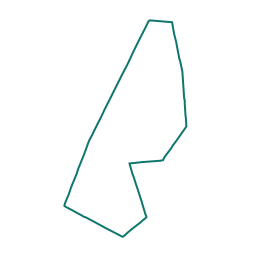 San Juan Chamelco, Alta Verapaz, Guatemala, rotated 274°
{"feature_id": "79465075B61159508916708", "entity_name": "San Juan Chamelco", "entity_type": "district", "adm_level": 2, "iso_a3": "GTM", "parent_name": "Guatemala", "parent_adm1": "Alta Verapaz", "projection": "orthographic", "projection_center": [-90.26, 15.395], "detail": "fine", "context": "isolated", "style": "outline", "palette": "teal", "viewbox_px": 256, "rotation_deg": 274, "n_neighbors": 0, "source": "geoboundaries", "source_scale": "gbopen_adm2", "svg_char_len": 1152}
<svg xmlns="http://www.w3.org/2000/svg" viewBox="0 0 256 256"><g transform="rotate(274 128 128)"><path d="M98.4,165.2L101.6,166.5L106.4,169.6L110.6,172.4L113.5,173.8L118.1,176.8L133.5,186.1L140.3,185.3L145.2,184.4L157.0,182.8L158.8,182.8L161.9,181.9L188.1,178.3L199.6,175.0L200.2,174.5L217.3,170.0L225.2,167.4L236.6,164.6L236.9,142.5L236.6,141.7L235.4,140.8L229.9,138.6L221.8,135.2L218.5,133.8L211.1,130.7L201.7,126.9L197.2,125.3L190.4,122.6L181.8,118.8L162.1,110.6L155.3,107.8L143.9,103.0L140.4,101.7L134.9,99.5L132.5,98.4L122.6,94.3L119.4,93.1L112.7,90.1L110.5,89.4L98.8,86.1L83.6,81.1L79.1,80.1L65.6,75.6L56.9,73.3L50.5,71.0L46.4,69.9L45.5,70.3L41.7,78.9L41.2,80.0L40.7,81.0L37.3,88.5L36.5,89.7L35.9,92.3L28.7,108.2L26.2,113.7L25.0,116.4L24.5,117.6L23.9,119.0L23.1,120.9L22.1,123.2L19.8,128.5L19.1,130.3L21.0,132.6L23.6,134.9L25.3,136.7L27.0,138.4L29.4,141.1L34.9,147.3L37.0,149.2L38.9,151.4L40.4,152.6L40.9,152.6L43.1,151.4L55.7,146.7L57.2,146.1L61.2,144.5L65.9,142.6L72.9,139.7L75.7,138.6L77.4,137.9L80.8,136.5L82.3,135.7L92.7,132.0L95.1,145.2L95.3,146.8L95.6,148.8L97.6,162.6L98.4,165.2Z" fill="none" stroke="#0f766e" stroke-width="2"/></g></svg>